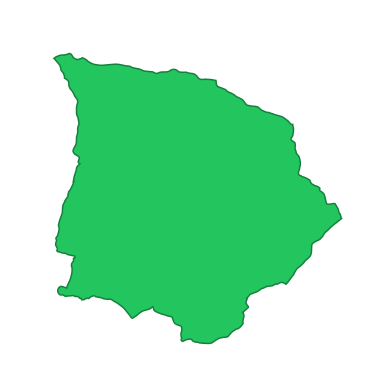 the district of Socorro, Santander, Colombia, rotated 83°
{"feature_id": "7082276B29346978372960", "entity_name": "Socorro", "entity_type": "district", "adm_level": 2, "iso_a3": "COL", "parent_name": "Colombia", "parent_adm1": "Santander", "projection": "robinson", "projection_center": [-73.239, 6.466], "detail": "fine", "context": "isolated", "style": "filled", "palette": "green", "viewbox_px": 384, "rotation_deg": 83, "n_neighbors": 0, "source": "geoboundaries", "source_scale": "gbopen_adm2", "svg_char_len": 5955}
<svg xmlns="http://www.w3.org/2000/svg" viewBox="0 0 384 384"><g transform="rotate(83 192 192)"><path d="M137.2,83.8L137.1,84.8L136.5,85.8L133.6,87.7L131.9,89.3L129.1,92.3L128.1,93.8L127.2,95.9L126.1,98.4L125.5,100.2L124.3,102.1L123.3,104.5L122.6,105.6L122.1,107.7L121.3,109.6L119.2,113.0L115.7,116.2L114.7,118.7L114.2,121.7L113.7,123.1L113.1,125.3L112.2,127.2L111.4,127.7L107.0,130.3L105.8,131.6L102.8,136.2L100.2,138.9L99.3,140.1L98.6,141.1L97.3,143.6L95.7,145.4L94.8,146.0L94.0,146.8L93.8,147.6L92.7,149.3L90.6,153.5L88.7,154.7L84.2,154.6L82.7,159.4L81.7,164.8L81.5,168.8L81.0,170.2L80.4,171.1L79.2,172.1L77.0,173.4L76.1,174.3L75.2,175.4L74.5,177.0L74.1,178.8L73.5,180.8L72.8,182.2L72.3,183.7L72.2,185.6L71.5,189.7L70.8,190.7L69.2,192.3L68.6,193.3L68.1,194.6L68.0,196.2L68.3,198.0L69.2,199.4L69.6,201.2L69.7,202.8L69.4,205.5L69.2,208.0L69.4,209.8L70.0,211.9L70.0,212.7L69.6,214.0L68.0,216.3L66.3,224.0L65.7,225.5L64.3,227.8L63.5,229.4L61.7,235.0L61.4,235.9L60.0,237.8L59.5,238.8L58.7,242.3L56.7,248.2L56.1,250.5L55.7,253.8L55.3,265.9L54.9,268.2L54.0,271.7L53.3,273.8L51.9,276.4L49.4,279.6L48.0,280.6L46.1,283.2L45.4,284.5L46.1,286.1L46.5,288.3L46.5,289.9L46.0,291.1L44.8,292.8L43.1,293.9L40.9,294.9L40.2,295.5L39.7,296.5L39.6,297.4L40.3,300.1L40.4,301.2L40.2,306.3L41.2,310.2L41.6,311.2L42.2,312.0L42.5,312.8L43.5,311.9L45.0,311.1L48.0,309.0L49.6,308.1L50.6,307.6L51.6,307.6L53.0,307.0L53.5,307.0L54.3,307.3L55.6,306.9L57.5,305.7L59.0,305.0L60.9,304.6L62.6,304.5L63.2,304.7L63.5,304.7L64.6,303.2L66.0,301.8L67.7,300.9L71.0,301.2L73.7,300.8L74.8,300.2L78.0,298.2L82.7,296.6L84.6,295.5L86.5,294.6L87.6,294.4L89.0,294.5L92.8,296.0L95.0,296.5L97.2,296.7L100.2,297.1L101.9,296.8L104.3,296.1L109.7,295.8L110.7,295.9L113.3,297.2L114.7,297.7L119.0,298.2L120.4,298.6L123.3,299.9L128.1,300.6L130.7,301.4L134.4,304.1L136.4,305.0L137.6,305.1L140.0,303.9L142.7,300.5L144.1,299.7L145.1,299.8L148.0,301.3L149.0,301.2L149.7,300.6L150.2,299.8L152.5,302.7L154.5,303.9L155.7,304.0L162.2,307.0L166.2,308.3L166.4,307.9L166.8,307.8L167.3,308.0L167.7,308.5L167.8,308.9L169.1,308.7L175.2,312.7L175.8,313.5L177.1,314.6L178.1,314.8L179.2,315.4L181.0,315.6L181.6,315.9L182.8,317.2L184.2,318.3L185.0,319.1L186.1,319.4L188.0,320.9L190.0,321.9L192.0,322.4L193.9,322.7L197.0,323.3L204.9,327.2L208.3,328.5L209.9,328.6L211.2,328.3L212.2,328.3L214.7,329.0L217.5,330.1L219.2,330.9L220.8,332.5L221.3,332.7L223.7,332.4L224.5,332.6L225.8,333.4L227.8,333.8L229.3,333.4L231.3,332.5L232.2,332.6L233.5,333.2L234.2,333.2L234.9,332.5L235.2,331.2L236.9,327.7L237.1,326.4L237.6,324.7L239.0,323.0L240.7,318.0L241.2,316.2L242.8,316.1L243.1,316.3L243.1,317.4L243.6,317.8L245.4,317.9L246.0,318.0L247.7,319.6L248.5,320.2L249.7,320.5L250.7,320.7L252.6,320.3L254.8,320.5L256.5,320.8L259.0,321.5L260.9,322.3L263.3,323.2L270.3,327.4L272.0,328.1L270.1,332.2L269.7,333.5L269.8,334.3L270.8,335.9L272.5,337.0L273.6,337.3L274.9,337.3L275.9,337.0L277.6,336.0L278.1,335.2L278.5,332.5L280.0,330.6L280.2,330.0L280.1,328.8L280.3,322.5L280.5,322.0L280.9,321.6L281.5,320.5L281.8,318.1L282.5,317.2L282.8,316.9L283.4,316.8L283.7,316.4L284.2,314.8L285.2,314.8L285.6,314.6L285.7,312.8L285.5,311.7L284.9,310.6L284.7,309.7L284.7,309.0L285.1,307.5L285.0,307.1L284.0,306.1L283.5,304.2L283.0,303.0L283.1,301.7L283.4,301.1L284.1,300.5L285.6,295.9L286.4,294.0L287.1,292.9L288.2,289.0L288.4,286.1L289.0,285.0L291.0,282.6L293.1,279.7L296.7,275.9L299.8,273.2L306.1,269.3L308.7,267.9L309.7,267.2L309.9,266.7L309.9,266.1L308.3,262.8L307.4,261.3L305.6,258.7L304.1,255.4L303.0,248.7L302.6,247.4L301.3,245.4L301.1,244.9L302.7,244.4L304.3,244.3L305.4,243.5L306.7,241.9L307.9,239.9L309.9,236.0L310.8,233.4L311.6,232.3L312.0,231.2L313.0,228.3L313.5,227.5L314.2,226.9L315.2,226.6L318.4,226.0L319.7,225.4L320.4,225.0L321.3,223.9L322.3,222.4L322.8,221.1L323.5,219.7L324.3,219.0L325.5,218.7L326.6,218.8L328.1,219.0L330.8,220.1L333.6,220.4L334.6,220.3L335.2,220.0L335.8,220.1L337.1,220.8L337.9,220.7L338.8,220.2L339.1,219.6L338.9,218.7L338.1,216.4L337.8,215.0L337.7,212.9L337.8,211.7L338.2,210.6L339.2,209.9L339.9,209.5L340.3,208.7L341.3,207.2L341.5,206.5L341.6,205.2L341.9,204.3L342.5,203.5L343.3,200.2L344.3,194.6L344.4,193.3L344.2,190.8L343.9,190.0L342.9,188.3L340.9,184.1L340.5,183.1L340.4,182.2L340.1,179.1L340.2,176.0L340.1,174.8L339.7,173.6L338.5,172.5L337.3,171.1L336.2,170.0L335.0,167.9L333.4,164.8L333.2,163.8L333.3,162.9L331.6,160.1L329.1,157.6L327.9,157.2L326.8,157.4L325.2,156.9L322.1,155.7L320.8,155.5L318.9,155.7L318.0,156.0L317.7,156.3L313.5,150.2L313.1,150.0L312.5,150.1L310.5,151.4L309.9,151.4L308.3,152.1L307.6,151.6L306.5,151.3L304.8,150.2L304.2,150.7L301.9,148.0L300.5,146.6L300.1,144.3L299.4,142.1L299.4,141.3L298.6,138.8L296.4,134.8L296.1,132.8L294.9,129.4L294.8,127.7L294.9,123.7L294.4,122.7L293.6,120.4L293.8,118.4L292.7,115.5L292.7,114.0L293.1,112.5L294.1,111.0L295.0,109.9L292.8,107.4L290.1,105.0L286.6,101.4L284.6,100.1L281.1,97.4L279.9,95.7L279.0,93.9L276.5,90.5L275.4,89.2L274.6,88.8L271.7,84.5L270.8,83.3L269.9,82.4L268.6,81.6L265.4,80.6L263.1,80.3L261.9,80.0L260.9,80.0L258.3,79.2L257.9,78.7L256.3,75.9L255.3,72.7L254.6,70.8L253.5,69.7L252.7,68.5L251.8,67.6L249.5,65.9L248.2,64.5L247.2,62.9L243.7,58.3L242.0,55.7L236.5,46.7L235.5,47.1L234.3,47.3L232.2,47.5L230.3,48.7L228.6,48.7L226.1,49.2L224.4,50.0L221.3,51.3L220.8,51.8L220.7,53.8L220.9,56.5L220.5,59.3L220.1,59.7L218.9,60.1L212.5,60.7L210.5,61.2L209.4,61.7L207.9,63.0L206.9,64.3L206.0,65.0L205.5,65.1L204.2,64.7L203.7,64.7L202.7,65.6L201.7,67.0L200.6,69.3L198.9,71.7L197.9,72.6L196.0,73.3L195.1,73.4L194.5,73.8L193.4,75.1L191.4,78.1L190.3,80.5L189.2,81.9L188.6,83.2L187.4,83.9L186.8,84.1L185.9,84.0L184.0,83.4L182.6,82.5L181.1,82.3L179.7,81.6L177.9,81.1L176.0,80.9L172.6,81.0L171.2,81.2L169.4,81.7L166.5,83.6L165.0,83.9L164.2,83.8L163.0,84.2L160.8,84.4L158.4,83.8L155.8,83.8L154.7,84.7L152.9,86.9L152.0,87.3L151.3,87.3L149.6,86.1L149.0,85.5L148.3,85.1L143.6,83.8L141.0,83.5L138.0,83.9L137.2,83.8Z" fill="#22c55e" stroke="#15803d" stroke-width="1.5"/></g></svg>